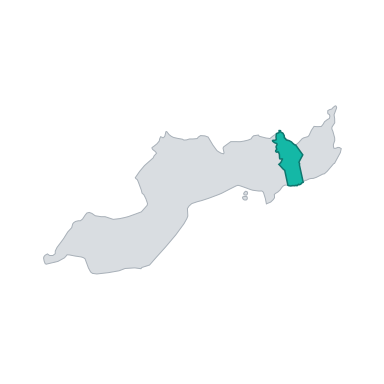 location of Rumphi within Malawi, rotated 78°
{"feature_id": "MWI-1903", "entity_name": "Rumphi", "entity_type": "District", "adm_level": 1, "iso_a3": "MWI", "parent_name": "Malawi", "parent_adm1": "", "projection": "mercator", "projection_center": [33.827, -10.78], "detail": "fine", "context": "in_parent", "style": "filled", "palette": "teal", "viewbox_px": 384, "rotation_deg": 78, "n_neighbors": 0, "source": "natural_earth", "source_scale": "10m", "svg_char_len": 4592}
<svg xmlns="http://www.w3.org/2000/svg" viewBox="0 0 384 384"><g transform="rotate(78 192 192)"><path d="M148.8,221.6L146.7,218.6L144.9,219.4L142.4,221.5L141.1,222.0L140.4,222.0L140.0,221.4L139.5,220.1L137.6,216.3L135.4,213.5L133.2,212.5L131.4,211.2L132.2,210.0L133.0,209.1L132.7,208.2L131.6,206.9L127.6,205.0L127.6,204.2L131.1,202.5L133.3,200.6L134.8,198.7L136.7,194.6L138.3,190.5L139.5,189.2L139.9,186.5L139.6,183.4L140.4,179.5L140.8,175.8L139.6,174.4L138.6,171.9L139.8,167.7L141.6,164.8L150.5,161.8L156.7,159.0L158.0,157.8L160.1,155.5L161.2,153.2L160.4,152.5L155.5,152.5L154.4,151.6L150.8,143.6L152.8,134.4L153.0,130.8L152.9,126.3L152.3,123.1L150.8,121.7L149.8,120.0L150.1,115.2L151.5,114.6L154.6,108.3L155.9,104.6L154.3,101.6L152.5,97.4L151.7,94.7L151.2,93.8L152.5,92.2L154.5,90.5L156.9,90.1L159.3,89.3L167.1,81.5L167.2,80.0L165.8,77.4L162.9,73.4L162.3,71.8L161.9,67.0L160.8,65.6L156.5,62.4L153.2,59.0L154.2,55.6L154.8,51.9L153.2,49.9L150.8,47.7L149.3,44.6L148.6,42.3L146.7,41.4L144.9,41.4L143.7,42.8L142.3,42.7L140.6,42.2L140.0,40.2L139.9,38.0L138.8,36.6L137.7,34.5L137.6,33.5L138.2,33.1L139.7,33.0L146.0,37.0L149.8,37.2L154.0,38.0L157.6,41.6L159.5,42.1L161.8,41.6L168.7,41.2L171.4,41.7L174.9,43.8L176.3,44.1L178.5,44.2L178.9,43.6L179.1,42.4L178.7,39.9L179.2,38.5L180.6,37.0L184.3,38.7L193.6,46.6L193.8,47.6L199.8,55.4L201.7,58.7L201.7,60.5L203.5,67.3L203.9,70.5L203.5,72.9L203.6,74.9L204.3,77.7L204.1,78.8L206.2,82.9L207.2,86.4L207.4,89.7L206.8,93.0L205.0,97.8L204.6,99.7L205.0,101.4L206.3,103.3L208.3,105.4L209.8,107.9L210.8,110.8L211.7,112.1L212.8,112.1L214.8,112.5L216.4,114.2L218.2,117.1L218.8,120.3L219.1,121.7L213.8,121.6L207.1,122.2L205.5,123.5L205.0,126.3L202.9,132.2L201.7,134.4L199.2,138.3L195.8,143.9L195.0,145.7L195.2,147.6L197.2,155.2L199.4,163.2L200.0,166.3L201.6,176.9L202.4,184.4L202.6,188.8L203.3,194.7L205.2,197.9L207.2,199.9L214.7,201.1L217.0,202.6L221.3,206.4L230.6,216.8L235.8,223.5L240.3,229.3L248.3,240.3L254.6,248.7L255.4,256.7L256.4,257.9L254.3,263.8L252.9,273.4L253.9,279.7L253.5,290.6L252.4,302.1L250.9,306.3L249.1,307.8L244.7,309.1L235.1,310.5L233.6,311.9L232.4,314.1L230.4,319.5L228.1,324.9L227.4,327.2L227.9,327.7L229.9,330.5L232.0,337.5L232.3,349.6L231.6,350.5L228.8,351.0L225.7,350.9L224.4,350.2L223.3,348.8L222.5,346.3L224.5,344.5L225.2,341.3L223.9,338.6L221.3,338.0L218.1,335.5L211.1,327.5L205.2,321.8L201.9,317.1L198.4,315.3L197.4,314.1L196.6,312.1L196.5,309.3L196.9,307.2L195.8,304.8L192.3,301.2L190.7,299.2L190.6,296.8L192.1,294.4L195.1,291.6L197.3,285.9L198.1,282.1L202.4,274.7L203.0,268.2L203.0,263.0L202.8,259.1L201.7,251.2L200.9,245.7L195.7,238.6L194.0,237.9L189.1,238.5L184.8,239.6L182.7,241.1L179.5,241.2L171.2,242.4L168.6,242.9L167.1,244.2L166.2,244.5L161.0,239.0L156.3,233.0L150.5,222.8L148.8,221.6ZM209.5,143.5L208.1,143.8L207.2,143.1L207.4,140.9L207.9,139.3L209.3,139.1L210.3,139.5L211.0,140.2L211.0,141.4L210.6,142.6L209.5,143.5ZM206.4,139.5L205.6,141.7L204.0,141.7L202.4,139.7L202.9,138.2L204.4,137.8L205.7,138.4L206.4,139.5Z" fill="#d9dde1" stroke="#a8b0b8" stroke-width="1"/><path d="M205.6,81.2L205.8,81.7L205.8,82.5L206.8,83.7L207.1,84.6L207.2,85.4L206.6,86.3L206.9,86.7L207.0,86.9L207.1,87.1L207.4,87.3L207.6,87.6L207.7,88.1L207.2,88.5L207.0,88.8L207.2,89.9L206.6,92.4L206.6,94.2L206.5,94.6L205.8,96.3L205.4,96.8L205.2,96.8L190.1,96.8L188.5,98.1L183.0,101.3L182.5,100.2L181.9,99.5L181.4,98.8L178.8,96.8L178.5,96.7L178.4,96.9L178.3,97.2L178.0,99.0L177.7,99.2L177.1,99.3L173.3,98.7L172.1,98.9L170.7,99.3L170.4,99.6L170.5,99.9L170.6,100.1L170.7,100.3L170.8,100.5L170.7,100.7L170.6,101.0L170.3,101.3L170.1,101.5L169.7,101.6L169.4,101.7L169.1,101.6L168.7,101.4L168.5,101.1L168.2,100.4L167.9,100.3L167.6,100.2L166.0,100.4L165.6,100.4L165.1,100.3L164.6,100.0L164.2,99.7L163.8,99.3L163.4,99.0L162.9,98.9L162.4,99.0L162.1,99.2L161.9,99.5L161.4,100.4L161.2,100.7L160.6,101.3L159.9,101.9L159.1,102.5L158.7,102.6L158.4,102.5L158.3,102.1L158.3,101.8L158.4,101.4L158.6,101.1L158.6,100.7L158.6,100.3L158.5,99.6L158.4,98.9L158.1,98.7L157.8,98.5L156.5,98.5L155.0,98.2L153.2,97.5L152.4,97.2L152.3,95.9L152.0,94.6L151.4,94.1L150.8,94.2L150.3,94.2L150.0,94.0L150.1,93.4L150.4,92.7L150.8,92.6L151.2,92.7L151.7,92.7L152.3,92.3L153.0,91.2L153.5,90.8L154.1,90.6L155.1,90.4L155.6,90.2L156.2,90.1L157.5,90.3L158.1,90.4L158.6,90.1L159.4,89.4L160.0,89.3L160.8,88.8L161.2,88.1L161.9,86.4L163.8,84.2L164.4,83.9L164.9,83.6L166.4,82.5L167.1,81.9L167.7,81.0L167.7,80.8L168.8,80.3L178.7,75.9L184.3,80.6L185.2,81.2L185.5,81.2L186.0,81.0L186.3,80.9L186.7,80.9L187.6,81.2L188.1,81.3L205.4,81.2L205.6,81.2Z" fill="#14b8a6" stroke="#0f766e" stroke-width="1.5"/></g></svg>